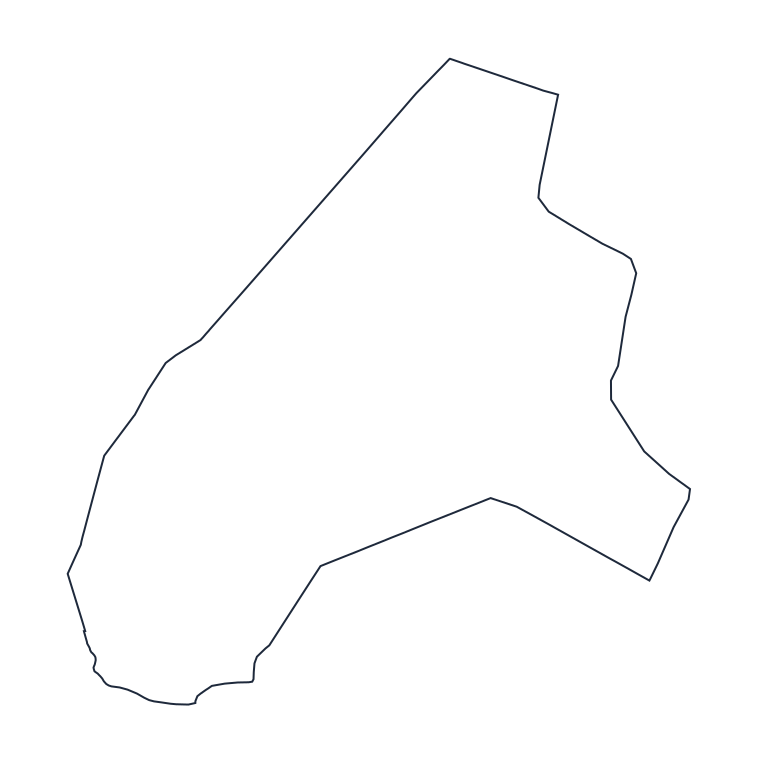 Al Butanah, Gedarif, Sudan, rotated 272°
{"feature_id": "16777658B92441932102927", "entity_name": "Al Butanah", "entity_type": "district", "adm_level": 2, "iso_a3": "SDN", "parent_name": "Sudan", "parent_adm1": "Gedarif", "projection": "equal_earth", "projection_center": [34.366, 15.004], "detail": "fine", "context": "isolated", "style": "outline", "palette": "slate", "viewbox_px": 768, "rotation_deg": 272, "n_neighbors": 0, "source": "geoboundaries", "source_scale": "gbopen_adm2", "svg_char_len": 2339}
<svg xmlns="http://www.w3.org/2000/svg" viewBox="0 0 768 768"><g transform="rotate(272 384 384)"><path d="M302.6,106.9L298.8,106.0L276.0,100.7L237.5,91.9L227.3,89.6L221.4,88.2L219.0,87.7L215.5,87.0L212.7,86.6L206.2,83.9L195.8,79.6L183.3,74.5L164.5,81.0L137.1,90.5L126.7,94.0L126.5,92.7L119.6,94.9L115.6,96.2L114.3,96.4L111.0,98.4L109.5,99.2L108.1,99.5L106.9,100.1L105.5,101.0L104.9,101.9L102.7,104.0L100.9,105.1L99.2,105.4L97.8,105.5L96.1,105.2L94.0,104.8L93.0,104.5L91.8,104.0L90.4,103.6L89.1,103.9L86.8,104.7L86.0,105.8L84.6,108.0L82.9,109.7L82.0,110.7L79.8,112.7L77.1,114.4L74.5,116.9L73.1,119.4L72.3,122.1L71.5,130.4L69.6,138.4L66.0,147.9L62.1,155.3L59.9,160.3L58.8,165.2L58.1,172.0L57.0,181.9L56.7,187.4L56.8,199.7L58.6,206.6L60.5,206.6L65.5,208.4L68.5,211.9L68.9,212.6L69.3,213.0L69.6,213.4L69.8,213.6L70.1,214.1L70.6,214.7L70.7,214.9L71.0,215.2L71.1,215.4L71.3,215.7L71.6,216.0L72.3,217.0L73.6,218.9L76.3,222.5L79.0,235.3L80.6,248.3L81.2,259.2L81.9,262.7L84.4,263.9L91.6,263.9L100.3,264.3L105.2,265.9L107.0,266.5L115.6,274.8L118.8,278.5L126.2,282.9L136.6,289.1L154.9,300.0L163.3,305.0L185.7,318.4L199.8,326.9L202.2,332.3L206.0,340.9L216.1,364.0L220.1,372.9L227.1,388.8L230.7,396.8L235.3,407.4L240.1,418.1L247.8,435.4L261.6,466.9L273.7,494.5L266.0,520.9L250.7,551.2L219.4,612.0L217.2,616.3L215.0,620.7L212.7,625.2L209.0,632.4L205.3,639.6L202.3,645.4L198.5,652.8L196.8,656.1L198.9,657.1L214.2,663.9L251.0,678.4L279.1,692.4L289.7,693.5L304.1,672.1L325.7,646.4L376.3,611.5L395.4,610.7L410.2,617.3L459.6,623.1L481.8,628.1L503.5,632.2L517.6,626.4L522.6,618.1L531.8,597.4L539.2,583.7L550.3,563.3L562.0,542.6L575.5,531.8L588.5,532.6L679.2,547.9L680.8,541.4L681.6,537.9L682.8,532.8L684.5,527.5L691.9,502.8L695.0,492.7L698.7,480.4L701.5,471.1L707.0,452.7L707.6,450.9L709.6,444.3L710.5,441.4L710.6,441.0L711.0,439.7L711.3,438.7L711.3,438.4L711.2,438.3L711.1,438.1L710.5,437.6L705.0,432.7L697.9,426.2L690.8,419.8L685.4,414.9L675.9,406.3L671.0,402.3L663.9,396.6L660.9,394.2L658.9,392.6L636.1,374.1L635.2,373.4L613.2,355.6L572.6,322.5L507.5,269.4L471.1,239.7L448.2,220.9L442.9,216.6L432.2,207.8L431.5,207.3L431.2,207.1L428.0,204.4L424.1,201.3L422.8,200.1L422.6,200.0L422.3,199.7L421.6,199.2L405.4,174.9L397.4,165.1L370.6,149.0L370.4,148.8L344.4,136.0L343.4,135.2L318.2,117.7L302.6,106.9Z" fill="none" stroke="#1e293b" stroke-width="2"/></g></svg>